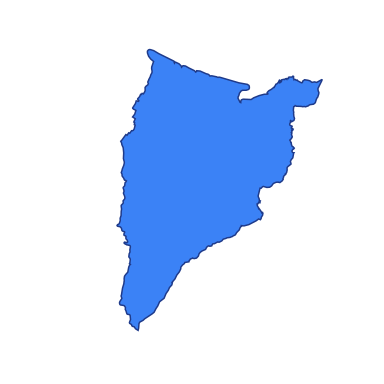 the district of Sidoarjo, Jawa Timur, Indonesia, rotated 289°
{"feature_id": "22746128B7257810863239", "entity_name": "Sidoarjo", "entity_type": "district", "adm_level": 2, "iso_a3": "IDN", "parent_name": "Indonesia", "parent_adm1": "Jawa Timur", "projection": "mercator", "projection_center": [112.712, -7.455], "detail": "fine", "context": "isolated", "style": "filled", "palette": "blue", "viewbox_px": 384, "rotation_deg": 289, "n_neighbors": 0, "source": "geoboundaries", "source_scale": "gbopen_adm2", "svg_char_len": 6120}
<svg xmlns="http://www.w3.org/2000/svg" viewBox="0 0 384 384"><g transform="rotate(289 192 192)"><path d="M70.6,158.8L68.6,160.3L68.1,160.3L66.1,159.7L64.3,159.4L63.4,159.6L62.3,160.3L61.9,161.0L62.4,163.9L62.4,165.1L61.1,166.7L59.3,167.1L58.2,168.2L55.6,170.1L55.4,170.9L55.7,172.7L55.3,173.6L51.4,175.4L48.3,175.3L47.5,175.8L47.0,177.9L45.9,178.7L45.6,179.5L45.7,181.3L44.3,183.1L43.6,186.1L45.8,185.9L50.4,184.7L52.0,185.0L54.7,187.5L56.8,188.6L63.8,194.0L65.9,195.3L70.0,195.9L73.0,196.7L77.7,197.1L82.4,200.2L87.5,200.5L91.4,201.6L94.3,201.8L97.6,203.2L100.2,202.9L100.2,202.6L104.3,204.2L108.6,204.7L112.3,206.0L115.7,206.4L116.7,206.0L117.6,206.0L119.9,206.8L121.9,208.1L123.0,208.1L125.0,211.8L126.3,211.7L127.1,212.1L128.2,212.3L129.0,213.5L129.7,213.9L129.7,215.7L131.0,217.8L133.5,218.9L135.8,218.8L137.6,219.4L139.6,220.8L142.1,223.5L144.2,223.8L145.5,224.3L146.6,225.4L146.5,226.5L147.5,228.2L149.1,228.3L149.8,228.6L150.5,230.1L153.0,232.4L153.4,234.0L153.6,234.3L155.5,236.1L157.6,236.9L159.1,239.1L160.1,240.0L161.4,242.7L162.5,243.9L162.9,244.5L164.4,245.6L165.0,246.5L165.9,247.0L168.1,247.4L171.7,249.1L173.1,249.0L175.0,249.4L175.7,250.0L176.3,249.6L176.9,252.2L179.7,256.4L185.6,262.0L188.2,263.8L188.1,265.7L189.4,266.0L190.8,265.8L192.9,266.3L194.9,266.0L195.6,265.4L194.9,264.9L196.0,263.8L198.1,261.0L197.7,260.8L197.8,260.5L199.0,259.8L200.1,258.4L201.3,257.7L202.0,257.5L202.3,258.2L204.1,258.4L203.9,259.4L204.4,259.2L204.6,259.6L205.1,259.3L205.8,259.5L206.0,258.4L207.3,257.8L209.0,256.3L209.8,255.8L217.8,255.1L218.0,256.1L220.0,257.0L220.5,257.7L220.7,261.3L221.8,263.9L223.7,265.3L225.9,265.9L226.9,266.5L228.6,268.4L229.4,270.3L229.3,270.6L229.5,271.1L229.5,272.0L231.8,273.6L233.6,274.1L234.1,273.7L235.4,273.8L236.6,273.5L239.1,274.7L239.3,274.8L239.5,274.4L240.3,274.9L241.3,275.1L243.8,274.8L245.2,274.2L246.3,274.0L247.3,274.4L250.5,276.5L251.2,276.3L252.9,275.1L254.9,275.3L257.1,276.2L261.7,275.5L262.3,275.6L262.0,274.8L262.2,274.1L262.9,273.4L263.5,273.1L265.3,273.5L265.7,273.8L265.7,274.1L267.3,274.6L266.8,274.1L267.6,273.0L267.7,272.2L268.0,271.6L269.5,270.4L270.9,269.8L271.0,269.2L272.1,268.7L272.7,267.7L273.4,267.7L274.9,268.7L275.7,268.5L276.5,268.9L276.9,268.8L278.8,267.3L279.7,267.4L280.5,266.6L280.9,267.0L281.4,267.0L282.2,266.3L283.0,266.1L283.2,267.1L284.4,267.2L284.8,265.1L285.4,265.0L286.3,265.4L286.8,265.2L286.9,263.2L287.3,262.6L287.9,262.3L288.8,262.2L290.3,262.6L291.1,261.9L291.5,261.9L291.7,262.0L291.0,263.5L292.1,264.3L292.4,264.8L293.1,265.1L294.9,265.0L296.6,263.7L299.8,262.3L300.4,262.3L302.3,261.2L305.7,260.4L306.4,261.1L307.3,261.4L307.1,262.8L308.5,267.4L308.7,269.0L309.4,270.3L309.5,271.6L311.4,274.0L312.5,274.6L313.0,275.2L314.6,278.3L315.8,279.1L316.6,279.5L320.1,279.4L321.7,279.6L322.7,280.0L326.1,279.9L327.6,279.5L328.4,278.6L330.2,277.6L331.0,277.4L339.6,278.5L340.4,278.4L340.4,278.0L336.2,274.2L336.0,272.0L334.7,269.7L335.5,267.3L335.4,265.2L334.8,261.9L332.9,260.6L331.6,260.7L331.1,260.4L330.9,259.7L331.5,255.9L332.1,255.0L331.5,254.2L331.9,253.6L332.0,252.5L331.9,252.1L331.4,251.9L332.6,250.9L334.0,250.6L334.4,250.3L334.4,249.7L333.2,249.0L332.4,246.7L331.9,246.0L331.0,246.3L330.6,246.2L330.3,245.0L329.4,245.0L329.8,244.0L329.4,243.4L328.5,243.0L328.5,242.3L327.3,240.3L326.6,240.2L325.5,240.6L323.7,239.4L323.7,239.1L325.3,239.1L326.2,238.8L326.4,238.5L326.1,238.2L323.7,237.9L321.8,237.0L321.2,236.2L319.2,236.0L318.6,235.6L317.6,235.7L317.3,235.1L314.9,233.6L312.8,231.7L311.1,230.9L310.3,230.7L309.8,231.0L309.5,231.8L309.2,231.7L307.9,228.4L305.0,224.1L301.2,219.7L298.7,217.8L296.4,210.1L295.3,208.8L294.7,208.6L293.6,208.6L292.4,209.0L292.4,208.3L295.6,205.0L297.2,204.6L298.1,204.9L300.9,204.7L303.6,205.6L304.6,206.6L305.8,210.0L307.1,211.8L308.0,212.4L309.1,212.4L310.7,211.7L311.3,211.1L311.8,209.3L310.5,200.8L309.6,181.6L309.4,180.1L308.8,179.3L308.9,177.6L308.3,172.9L307.5,171.2L307.8,171.0L308.5,169.4L308.6,168.4L308.4,167.1L309.0,160.3L308.2,157.0L307.6,157.1L306.6,156.4L307.4,155.1L307.6,154.0L308.3,148.4L309.0,144.9L308.6,142.7L308.4,142.3L306.6,141.5L307.7,140.7L309.0,138.0L309.4,134.3L309.2,133.7L308.1,133.5L308.6,133.0L309.6,133.0L309.9,131.8L312.0,115.6L313.2,109.8L313.1,106.4L312.8,105.3L312.2,104.6L311.6,104.3L310.7,104.0L309.7,104.3L308.7,104.8L306.2,106.8L304.3,109.6L302.9,113.2L297.1,113.2L295.4,113.7L293.3,114.9L291.8,115.3L289.2,114.9L287.4,115.0L284.1,114.5L283.1,114.7L282.4,114.3L281.2,114.6L280.4,115.4L278.9,115.3L277.1,114.1L275.6,113.6L272.6,114.7L271.1,114.6L269.0,114.1L269.0,112.7L267.6,112.3L267.6,111.6L265.1,111.4L262.5,110.3L262.0,110.4L261.2,111.9L260.5,112.0L260.2,111.8L260.0,109.6L257.2,109.7L252.2,108.5L251.8,108.7L251.3,109.8L250.9,112.4L246.9,112.5L243.6,111.4L242.8,114.5L239.2,114.2L238.9,115.2L236.9,115.5L236.7,116.5L232.5,116.8L231.2,116.4L230.5,115.7L230.3,114.9L227.3,114.0L227.4,112.9L224.5,112.1L224.8,110.8L217.6,108.6L216.8,108.1L215.4,109.5L213.9,110.3L211.5,112.5L206.7,114.7L201.2,116.3L198.4,118.2L197.1,118.6L194.9,118.8L191.0,118.6L189.5,118.8L187.3,118.8L186.1,120.0L184.4,120.7L182.6,123.2L181.6,123.9L181.2,124.7L181.4,125.3L181.1,126.4L180.3,126.3L179.0,125.7L175.9,126.3L174.3,125.6L173.5,125.5L171.7,126.9L170.5,127.5L168.7,127.5L168.2,127.8L166.3,129.5L164.8,130.4L163.6,130.6L161.1,129.7L159.8,130.4L158.8,130.5L156.4,129.4L155.4,129.7L152.9,131.0L150.5,131.4L146.7,132.6L143.8,132.6L141.5,133.5L138.4,133.5L137.4,132.9L137.0,132.3L136.0,132.0L135.7,132.2L135.4,132.8L135.7,135.1L135.5,135.9L134.7,137.1L132.9,138.2L132.5,138.8L132.4,139.8L132.5,140.9L132.2,141.4L130.3,141.3L129.3,141.6L128.9,142.0L128.8,143.5L128.6,144.0L126.8,144.5L126.1,145.0L125.4,146.4L124.0,147.4L123.5,147.4L123.0,147.1L122.7,144.6L122.2,144.3L121.6,144.4L121.0,145.9L121.1,146.7L120.8,147.2L121.2,150.5L120.9,151.1L120.1,151.6L117.0,152.1L115.7,152.7L114.8,152.9L113.2,152.7L110.4,153.3L109.7,153.8L109.1,154.9L108.1,155.6L104.9,156.3L103.8,156.2L103.5,157.3L102.3,156.8L100.5,156.6L95.3,157.4L92.5,156.2L90.4,155.6L88.1,156.0L85.5,157.0L85.3,156.9L83.1,157.4L78.5,157.6L71.8,158.8L70.6,158.8Z" fill="#3b82f6" stroke="#1e3a8a" stroke-width="1.5"/></g></svg>